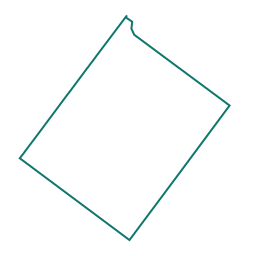 the district of St. Joseph, Michigan, United States of America, rotated 127°
{"feature_id": "52423323B59966330361509", "entity_name": "St. Joseph", "entity_type": "district", "adm_level": 2, "iso_a3": "USA", "parent_name": "United States of America", "parent_adm1": "Michigan", "projection": "robinson", "projection_center": [-85.583, 41.915], "detail": "fine", "context": "isolated", "style": "outline", "palette": "teal", "viewbox_px": 256, "rotation_deg": 127, "n_neighbors": 0, "source": "geoboundaries", "source_scale": "gbopen_adm2", "svg_char_len": 540}
<svg xmlns="http://www.w3.org/2000/svg" viewBox="0 0 256 256"><g transform="rotate(127 128 128)"><path d="M48.9,60.4L49.8,179.1L46.7,185.0L40.6,188.6L41.0,196.4L38.7,196.6L44.5,196.6L44.8,196.6L53.3,196.6L53.5,196.6L62.6,196.6L85.8,196.6L89.0,196.6L90.1,196.6L95.4,196.5L98.2,196.6L99.1,196.6L104.2,196.5L104.4,196.6L136.4,196.4L137.2,196.5L167.1,196.3L168.9,196.3L186.2,196.2L196.6,196.2L203.6,196.2L208.1,196.2L211.6,196.1L215.1,196.2L217.3,196.2L216.6,59.4L132.5,59.8L48.9,60.4Z" fill="none" stroke="#0f766e" stroke-width="2"/></g></svg>